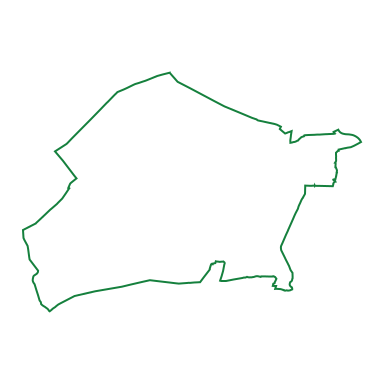 Epe, Gelderland, Netherlands
{"feature_id": "6326949B68676611805057", "entity_name": "Epe", "entity_type": "district", "adm_level": 2, "iso_a3": "NLD", "parent_name": "Netherlands", "parent_adm1": "Gelderland", "projection": "equal_earth", "projection_center": [5.999, 52.327], "detail": "fine", "context": "isolated", "style": "outline", "palette": "green", "viewbox_px": 384, "rotation_deg": 0, "n_neighbors": 0, "source": "geoboundaries", "source_scale": "gbopen_adm2", "svg_char_len": 5673}
<svg xmlns="http://www.w3.org/2000/svg" viewBox="0 0 384 384"><path d="M283.2,290.0L284.4,290.5L284.8,290.6L285.6,290.6L286.8,290.3L287.7,290.6L288.3,290.6L289.7,290.4L290.2,290.3L291.6,289.6L292.2,289.4L292.2,289.2L292.2,288.4L291.9,287.5L291.8,287.3L291.6,287.1L291.1,286.9L290.9,286.7L290.1,285.8L289.9,285.4L289.8,285.1L289.7,284.8L289.7,284.4L289.8,283.4L289.9,283.1L290.1,282.4L290.2,282.2L290.5,281.9L291.4,281.4L291.6,281.1L292.0,280.3L292.1,280.1L292.2,279.4L292.3,279.1L292.3,278.8L292.6,278.3L292.6,278.1L292.6,276.4L292.5,273.2L292.5,272.9L292.3,272.6L291.4,271.3L290.5,269.9L290.1,268.8L289.2,266.4L288.8,265.4L288.4,264.8L287.9,263.7L287.4,262.7L286.2,260.4L285.5,259.0L285.1,258.1L281.4,250.6L281.2,250.2L281.1,249.7L280.9,248.0L280.9,247.5L281.0,246.3L281.2,245.8L281.6,244.9L282.3,243.4L286.0,234.8L287.4,231.8L288.1,230.3L288.1,230.1L288.2,229.9L289.8,226.3L291.8,221.8L293.3,218.4L294.4,215.8L295.7,213.0L297.8,209.0L298.1,208.2L298.3,207.3L298.5,206.7L299.0,205.4L300.3,202.7L300.7,201.7L301.7,199.5L302.6,198.1L302.8,198.0L302.9,197.8L303.0,197.6L302.9,197.6L304.5,194.8L304.9,194.1L305.0,193.8L305.1,191.1L305.1,189.9L305.2,187.1L305.2,186.5L305.2,185.6L310.0,185.8L311.9,185.8L312.7,185.7L314.3,185.7L314.4,185.8L314.5,185.9L314.6,185.6L314.7,185.9L314.8,185.8L319.1,185.9L320.3,185.9L332.8,186.2L333.1,185.1L333.3,184.6L333.2,184.3L333.2,184.1L333.3,183.7L333.4,183.3L333.8,182.7L334.4,182.1L335.1,181.6L335.4,181.6L335.2,181.1L333.8,180.3L333.4,180.0L333.3,179.6L333.8,179.4L335.2,179.2L335.4,179.2L335.5,178.8L335.7,177.9L335.9,177.3L336.0,176.5L336.3,175.8L336.2,175.5L336.2,175.3L336.9,172.7L336.6,172.6L337.0,170.8L336.9,170.5L336.9,170.2L336.7,169.5L336.2,168.4L335.9,167.4L335.4,167.3L335.4,166.7L335.5,166.0L335.5,165.2L335.6,164.8L335.6,164.1L335.6,163.6L335.6,163.0L335.4,162.9L335.0,162.8L335.7,161.7L336.0,161.2L336.1,160.9L336.1,158.6L336.0,158.2L336.0,157.8L336.1,157.1L336.1,156.8L336.1,156.2L336.0,154.7L336.0,152.7L336.7,152.1L337.4,151.3L337.7,151.1L337.9,150.9L338.7,150.8L338.6,149.6L345.3,148.1L345.5,148.2L346.5,147.9L347.4,147.7L350.8,147.2L353.8,145.9L358.2,143.6L361.0,142.0L360.5,141.1L360.2,140.5L359.5,139.5L359.2,139.2L358.4,138.3L357.8,137.8L357.0,137.2L356.1,136.6L355.4,136.2L354.4,135.7L353.5,135.3L352.5,135.0L351.6,134.8L349.0,134.4L345.4,134.2L344.4,134.0L343.0,133.7L342.4,133.5L341.4,133.1L340.5,132.5L340.0,132.1L339.7,131.8L338.9,130.8L338.5,130.2L338.3,129.7L333.6,131.9L333.8,132.3L334.1,132.9L334.4,133.1L334.1,133.2L334.4,133.7L333.4,133.9L332.5,133.9L328.0,134.1L325.8,134.2L325.6,134.2L323.9,134.3L319.5,134.6L317.1,134.6L314.5,134.8L308.5,135.0L305.3,135.2L305.1,135.3L304.5,135.3L304.4,135.3L304.2,135.6L303.9,136.0L303.9,136.3L302.0,136.9L301.5,137.1L301.3,137.2L300.6,137.9L298.9,139.4L298.7,139.6L298.4,140.1L298.3,140.3L298.1,140.5L297.9,140.6L297.3,140.7L296.3,141.3L295.5,141.6L294.8,141.9L294.1,142.0L293.3,142.1L292.7,142.3L292.1,142.5L290.4,142.8L290.3,140.5L290.4,139.7L290.8,136.8L290.9,135.5L291.3,133.0L291.6,131.1L289.0,132.1L288.1,132.3L287.7,132.5L286.6,133.0L285.1,133.5L281.4,130.4L279.8,129.0L280.9,126.7L276.9,124.7L275.9,124.4L274.6,124.0L257.9,120.4L256.7,119.6L256.6,119.4L254.4,118.7L254.2,118.6L253.7,118.4L253.2,118.3L252.5,118.0L252.1,117.9L245.2,115.0L239.7,112.7L224.7,106.5L223.3,105.8L214.5,101.2L190.4,88.4L177.8,81.9L177.6,81.8L169.7,72.8L169.7,72.7L162.2,74.6L158.3,75.7L157.2,76.0L147.1,80.1L145.3,80.8L143.4,81.4L141.3,82.1L139.6,82.7L138.7,83.0L135.3,84.0L133.5,84.8L127.4,87.8L123.7,89.5L117.9,91.9L117.4,92.1L116.0,93.6L115.5,94.0L113.7,95.8L107.6,102.1L106.8,102.8L98.9,111.0L90.8,119.3L80.3,129.9L71.7,138.6L67.9,142.6L66.8,143.7L66.3,144.1L55.0,151.4L62.9,160.7L74.0,175.3L76.5,178.4L75.1,179.5L71.0,182.8L70.4,183.4L70.1,183.8L68.4,187.7L68.6,187.7L69.1,188.0L69.3,188.2L69.2,188.3L65.8,193.4L62.2,198.6L58.0,202.8L56.9,204.0L51.8,208.4L50.1,209.8L45.1,214.6L35.7,223.4L35.7,223.5L23.0,230.0L23.5,238.0L24.4,240.0L27.6,245.9L28.1,248.8L29.3,257.7L29.6,259.4L29.6,259.5L38.1,270.7L37.9,272.1L37.2,273.3L36.8,273.6L36.6,273.9L36.4,274.1L35.6,274.5L35.1,274.9L34.3,275.4L33.8,275.8L33.4,276.4L33.3,276.7L33.1,277.6L32.8,279.0L32.7,280.3L32.8,281.0L33.4,282.5L34.2,283.7L34.6,284.2L36.3,289.8L38.1,295.4L38.8,297.8L39.6,300.5L40.8,302.1L41.2,304.2L42.7,305.5L44.1,306.4L45.1,307.0L46.0,307.7L47.4,308.7L48.2,309.5L49.0,310.8L49.7,311.3L50.3,310.8L51.0,310.3L51.6,309.8L52.6,308.8L54.2,307.7L55.0,307.2L55.4,306.9L56.0,306.3L57.0,305.5L58.3,304.5L60.7,303.2L74.6,296.0L95.1,291.3L121.9,286.7L131.0,284.5L142.7,281.8L149.9,280.2L157.4,281.1L170.2,282.6L175.1,283.2L178.8,283.6L186.9,283.0L188.9,282.8L189.7,282.9L194.0,282.5L200.1,282.2L203.6,277.5L209.7,269.6L209.8,269.4L209.8,269.2L209.7,269.1L209.7,268.8L210.7,265.5L211.1,264.4L212.5,264.3L212.3,263.7L215.3,263.1L215.8,261.3L216.6,261.5L218.7,261.7L219.8,261.9L220.4,261.8L221.4,261.7L222.2,261.7L223.4,261.5L224.5,262.5L224.7,263.2L224.6,263.7L224.3,264.5L224.1,265.6L223.4,269.3L223.1,270.9L221.6,276.2L220.1,280.7L221.3,281.0L226.0,281.0L233.6,279.5L242.3,278.0L244.1,277.5L244.7,277.6L245.2,277.6L245.8,277.4L246.4,277.1L246.9,277.1L247.0,277.0L247.1,276.9L247.3,277.0L248.5,277.3L249.4,277.4L250.1,277.3L251.9,277.3L252.7,277.1L253.7,277.0L255.5,276.4L256.4,276.2L257.8,276.2L260.7,276.9L260.9,276.6L261.0,276.5L261.1,276.4L264.5,276.4L268.2,276.5L268.4,276.5L272.1,276.5L272.5,276.5L273.1,276.2L273.6,276.3L273.8,276.3L274.0,276.6L275.1,277.0L276.4,278.8L275.2,281.4L274.7,282.3L274.7,282.7L274.7,282.9L274.7,283.0L274.3,283.3L273.3,283.7L272.8,285.9L276.1,286.0L275.5,287.8L275.2,288.9L276.0,288.8L280.6,289.1L282.3,289.6L283.3,289.9L283.2,290.0Z" fill="none" stroke="#15803d" stroke-width="2"/></svg>